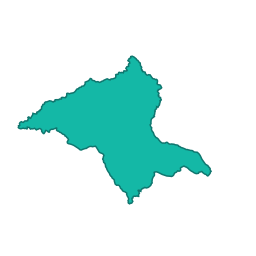 the district of San Francisco, Putumayo, Colombia, rotated 123°
{"feature_id": "7082276B24911475844532", "entity_name": "San Francisco", "entity_type": "district", "adm_level": 2, "iso_a3": "COL", "parent_name": "Colombia", "parent_adm1": "Putumayo", "projection": "equal_earth", "projection_center": [-76.835, 1.148], "detail": "fine", "context": "isolated", "style": "filled", "palette": "teal", "viewbox_px": 256, "rotation_deg": 123, "n_neighbors": 0, "source": "geoboundaries", "source_scale": "gbopen_adm2", "svg_char_len": 5888}
<svg xmlns="http://www.w3.org/2000/svg" viewBox="0 0 256 256"><g transform="rotate(123 128 128)"><path d="M75.9,121.7L74.5,124.0L74.5,124.6L75.3,126.5L75.1,127.7L73.1,128.5L72.3,129.0L71.7,130.0L71.7,130.6L72.3,131.0L72.5,132.8L72.8,133.2L73.1,134.4L72.8,134.8L72.4,136.2L72.0,136.7L71.9,137.6L71.4,138.3L72.1,139.8L72.9,140.3L73.2,140.7L73.3,141.2L72.9,143.0L71.9,143.9L71.9,144.4L72.2,144.8L72.3,145.9L72.7,146.4L72.2,146.9L72.2,147.7L72.0,148.0L71.6,147.9L71.2,148.9L70.6,149.4L69.6,149.6L68.9,151.5L66.9,153.1L66.8,153.6L66.9,154.2L66.0,156.4L66.0,158.0L65.5,158.8L65.2,161.6L65.5,163.6L66.6,164.6L67.5,163.9L69.3,164.9L70.2,164.5L71.3,164.9L71.6,164.7L71.7,162.7L72.7,161.8L73.6,162.3L74.3,162.3L76.0,161.1L77.2,162.3L79.1,162.3L80.0,160.2L80.6,160.1L81.6,161.2L82.2,162.5L84.3,162.0L84.7,163.5L85.5,163.9L86.0,165.6L86.5,166.0L88.4,165.6L89.5,167.1L90.1,167.3L90.6,166.8L92.2,165.9L93.5,166.2L94.3,167.0L95.0,167.4L96.0,168.8L96.9,169.3L97.4,169.2L97.9,170.6L98.0,172.0L98.4,172.5L101.2,174.3L102.2,174.6L103.2,175.5L104.0,175.8L105.3,176.7L105.5,178.5L106.8,180.0L106.7,182.1L107.4,183.7L107.3,184.5L106.7,185.3L106.8,186.1L107.1,186.6L108.8,186.6L110.3,187.1L112.9,188.9L114.5,187.9L116.8,188.0L118.3,189.6L119.2,189.5L120.3,190.6L121.1,191.0L122.1,190.8L122.4,191.4L123.3,192.1L126.1,192.2L127.5,192.6L128.8,193.4L129.0,194.0L129.6,194.3L130.3,195.2L131.2,195.7L131.6,197.4L132.4,198.1L134.6,196.9L135.7,197.1L136.2,196.8L136.6,196.9L138.2,200.0L138.9,200.4L139.6,199.7L140.0,199.7L141.1,201.3L141.7,201.3L142.1,201.7L143.9,204.4L144.5,204.5L145.5,203.9L146.1,204.7L146.8,204.8L147.0,205.0L147.2,206.9L147.9,208.6L150.3,210.3L151.1,211.4L152.3,211.7L152.9,211.2L153.4,211.2L154.6,212.2L155.9,211.8L157.1,212.1L159.3,210.8L160.4,211.6L161.1,211.1L162.2,212.0L162.9,211.7L164.1,213.0L164.9,212.9L165.4,212.3L165.7,212.2L166.3,212.8L167.2,214.6L167.4,215.7L169.5,215.0L170.8,215.2L172.9,214.9L173.1,215.3L172.7,217.2L173.7,217.7L174.6,216.5L175.3,216.6L176.5,216.1L177.4,217.0L178.2,218.3L180.3,218.9L180.7,219.9L180.8,220.9L182.1,221.5L183.3,221.5L184.8,220.2L185.1,220.2L185.7,221.0L186.1,220.6L187.2,220.4L187.5,219.9L187.5,218.9L187.0,217.4L185.2,215.8L184.9,214.6L184.0,213.6L184.0,212.8L183.8,212.2L183.4,212.2L182.1,212.9L181.9,212.2L181.3,211.0L182.0,209.6L182.0,209.1L181.2,208.6L180.6,207.4L179.1,206.1L179.5,204.1L179.4,203.7L178.6,203.6L178.3,202.9L177.0,202.3L176.4,201.6L176.4,200.2L176.8,199.2L177.6,198.8L178.0,198.2L178.7,196.2L178.6,195.6L178.3,195.4L176.7,195.4L174.9,195.7L174.5,194.9L174.7,192.5L174.5,191.9L174.1,191.7L173.1,192.3L172.1,192.2L170.8,191.6L170.0,190.3L167.1,188.2L167.0,187.7L168.6,186.9L168.9,186.1L168.9,185.4L168.5,184.6L168.7,182.8L168.4,181.9L168.7,179.5L168.3,177.8L168.4,177.1L169.0,176.5L168.8,176.0L168.8,175.2L169.3,174.0L169.3,173.1L170.2,171.6L172.8,171.4L173.6,170.5L173.6,169.5L172.6,166.8L172.1,164.0L172.1,158.4L172.4,156.2L171.8,155.1L170.2,154.1L168.5,152.7L167.9,151.9L165.4,150.8L164.2,149.9L163.5,148.9L163.0,147.5L161.7,146.2L161.0,145.3L161.4,144.0L163.8,139.0L163.9,137.8L163.5,136.1L163.4,135.1L163.5,134.6L164.0,133.3L166.0,132.9L166.6,132.4L167.7,132.4L168.2,131.9L168.5,130.8L169.1,130.6L170.1,129.6L170.0,129.3L170.5,127.6L171.3,127.0L171.5,126.6L172.7,125.7L173.3,124.2L174.2,123.1L175.1,121.5L176.3,118.6L176.9,118.0L177.3,117.3L177.7,116.4L177.7,115.3L178.6,114.0L178.8,111.6L180.3,110.2L182.0,108.2L182.2,106.4L181.2,104.9L181.1,104.0L181.6,102.8L182.6,101.5L182.8,100.6L182.7,100.0L183.6,98.4L183.6,97.3L183.2,95.7L183.2,93.7L183.5,93.4L184.3,93.1L185.5,91.5L186.2,89.9L186.9,89.0L187.8,88.5L189.0,88.4L189.8,87.3L190.3,87.3L190.8,86.7L190.7,85.3L189.7,84.9L189.0,84.0L186.9,84.0L186.2,85.2L185.0,86.3L184.8,86.4L184.0,85.8L183.1,86.2L182.4,86.2L181.6,85.4L181.3,84.6L180.1,83.4L179.9,82.4L179.5,81.8L179.1,82.1L178.9,82.5L177.6,83.0L176.7,82.8L175.4,84.3L175.1,85.3L174.8,85.5L174.1,84.9L174.1,84.3L174.4,83.5L174.2,82.7L172.6,83.4L171.5,83.2L170.9,82.6L170.2,82.6L169.3,81.7L168.6,81.5L168.5,80.5L168.3,80.0L167.0,78.8L165.4,78.1L163.6,77.7L162.7,77.8L162.1,78.2L160.9,77.8L160.1,78.6L157.7,79.8L155.5,80.2L153.5,80.0L152.1,80.8L151.0,81.9L150.7,81.8L149.3,80.4L148.8,78.5L148.3,74.0L147.1,69.3L145.4,66.2L145.1,65.3L144.0,64.4L143.4,64.3L142.7,64.1L140.4,64.4L138.8,63.4L136.8,63.0L136.5,61.7L135.2,60.8L134.6,60.9L133.1,62.2L132.2,62.0L129.5,60.4L129.3,59.7L129.4,58.9L129.0,57.7L129.1,55.4L129.5,54.1L129.7,51.3L129.5,50.0L129.6,48.5L129.4,46.9L129.0,45.7L127.6,44.2L126.4,44.4L125.1,43.0L124.7,42.9L124.3,42.4L124.7,40.9L124.8,39.3L124.8,38.4L124.4,37.3L124.8,35.9L124.8,35.1L124.4,34.8L122.6,34.5L120.8,34.5L119.9,35.0L119.1,34.7L118.1,36.7L117.4,36.9L117.1,37.5L116.7,38.6L116.8,39.1L116.0,40.6L116.2,42.4L116.2,43.3L114.0,48.9L112.0,52.1L111.1,54.0L110.6,56.6L112.1,59.5L111.9,61.1L112.0,62.0L112.7,63.2L113.3,65.1L113.6,65.7L113.7,66.4L114.5,67.7L114.4,68.2L114.8,70.6L115.5,73.3L115.3,74.6L115.8,75.6L115.3,76.4L115.4,77.3L116.4,79.3L116.6,80.8L117.2,81.4L117.4,82.4L118.8,84.1L119.0,85.5L118.7,87.0L118.8,87.6L119.4,88.2L120.5,88.6L121.2,90.0L121.7,90.4L122.0,91.3L121.9,92.0L122.1,92.7L121.9,93.1L121.8,93.9L121.5,94.4L121.3,95.5L120.8,96.4L120.5,98.3L120.8,99.1L119.9,101.9L117.9,104.5L117.7,105.5L117.2,106.5L116.2,107.8L114.9,108.2L114.5,109.6L113.3,111.2L112.2,111.0L111.4,111.3L111.2,111.7L110.4,112.0L109.3,112.7L107.8,113.2L105.8,112.9L105.4,112.5L104.8,112.5L104.1,112.1L103.8,112.9L103.6,113.0L102.7,112.9L100.2,114.0L99.8,114.4L99.2,114.3L98.4,115.1L96.3,114.6L95.8,115.1L94.7,115.1L94.4,115.5L94.2,114.9L94.3,114.2L93.9,114.1L93.3,114.3L91.3,114.2L90.8,114.8L89.9,114.8L88.2,115.4L87.8,116.0L87.1,115.5L86.6,115.4L86.0,115.7L85.7,116.8L85.1,116.9L84.7,117.4L85.0,118.2L84.9,119.6L84.3,120.2L83.9,120.0L83.7,120.6L82.2,120.8L81.7,121.7L81.5,122.9L80.8,123.4L80.6,123.5L79.6,123.1L79.2,123.4L78.9,122.9L77.1,121.9L75.9,121.7Z" fill="#14b8a6" stroke="#0f766e" stroke-width="1.5"/></g></svg>